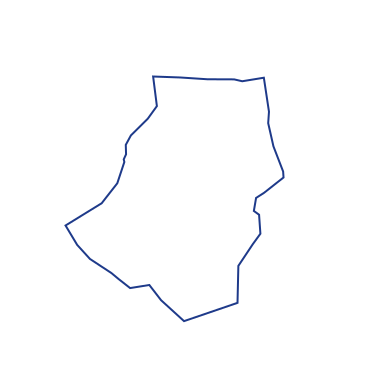 Bu'ren, Töv, Mongolia (Albers equal-area conic projection), rotated 235°
{"feature_id": "93677404B69512651259917", "entity_name": "Bu'ren", "entity_type": "district", "adm_level": 2, "iso_a3": "MNG", "parent_name": "Mongolia", "parent_adm1": "Töv", "projection": "albers", "projection_center": [105.213, 46.842], "detail": "fine", "context": "isolated", "style": "outline", "palette": "blue", "viewbox_px": 384, "rotation_deg": 235, "n_neighbors": 0, "source": "geoboundaries", "source_scale": "gbopen_adm2", "svg_char_len": 638}
<svg xmlns="http://www.w3.org/2000/svg" viewBox="0 0 384 384"><g transform="rotate(235 192 192)"><path d="M308.9,226.4L282.5,212.5L277.4,197.8L273.4,174.4L268.6,164.8L260.7,159.6L257.9,154.8L255.4,153.8L242.0,135.8L236.7,118.4L234.6,111.6L237.1,69.2L214.5,67.6L195.7,70.0L171.8,79.5L162.6,82.0L148.8,86.2L140.3,103.7L121.1,104.6L90.8,111.4L75.1,165.7L104.9,187.6L114.4,211.9L118.6,224.1L134.9,233.9L141.0,231.8L150.4,241.1L150.0,250.6L150.9,266.3L151.4,275.3L156.5,278.4L182.7,284.9L204.7,293.9L213.6,301.1L244.4,316.4L253.9,296.7L260.1,291.1L275.5,269.3L292.6,248.0L308.9,226.4Z" fill="none" stroke="#1e3a8a" stroke-width="2"/></g></svg>